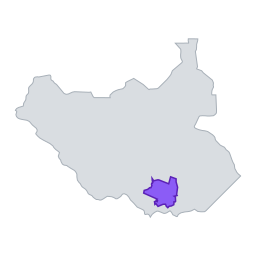 location of Juba, Central Equatoria, South Sudan
{"feature_id": "79223893B61077901252755", "entity_name": "Juba", "entity_type": "district", "adm_level": 2, "iso_a3": "SSD", "parent_name": "South Sudan", "parent_adm1": "Central Equatoria", "projection": "orthographic", "projection_center": [31.407, 4.711], "detail": "fine", "context": "in_parent", "style": "filled", "palette": "violet", "viewbox_px": 256, "rotation_deg": 0, "n_neighbors": 0, "source": "geoboundaries", "source_scale": "gbopen_adm2", "svg_char_len": 4102}
<svg xmlns="http://www.w3.org/2000/svg" viewBox="0 0 256 256"><path d="M214.4,202.2L206.1,210.6L205.5,211.1L204.5,211.7L201.2,211.8L197.7,211.4L194.5,209.2L191.2,210.9L189.2,211.4L187.9,211.6L185.0,211.9L181.0,212.8L179.1,213.9L178.1,214.8L177.3,216.5L176.9,216.6L176.1,216.4L175.1,215.8L172.9,214.8L171.8,212.8L170.8,211.5L170.0,210.8L166.5,212.9L164.8,213.4L163.5,213.3L161.0,212.2L158.2,211.2L156.8,211.2L154.6,212.4L152.2,214.3L151.0,216.1L150.3,217.2L149.5,215.5L148.7,214.5L147.5,214.1L145.2,214.5L144.6,213.9L144.5,212.5L144.2,211.1L143.6,210.2L141.8,209.2L137.2,207.1L133.7,203.1L131.9,201.3L130.6,200.1L128.7,196.9L126.6,194.7L124.1,193.7L122.4,194.2L120.7,196.5L117.4,198.7L115.9,198.8L114.0,197.6L111.6,196.7L107.3,196.3L105.5,197.4L103.1,199.0L101.1,200.0L99.9,200.1L98.8,199.7L97.5,199.5L96.3,199.5L94.0,197.9L92.8,196.8L92.0,195.7L90.7,195.0L89.2,194.4L88.1,193.4L87.6,192.2L86.7,190.7L85.6,189.3L82.1,186.8L81.1,185.3L80.4,183.8L78.9,182.3L77.4,180.1L76.9,177.0L76.9,174.5L76.6,173.4L75.9,172.2L75.2,171.2L73.9,170.1L71.1,168.5L68.1,166.6L66.7,165.5L64.0,165.1L62.4,164.1L61.1,161.7L60.6,159.9L59.2,158.4L58.7,157.3L58.3,156.1L59.5,152.5L57.9,151.1L55.6,149.4L53.9,147.6L52.9,145.9L50.0,143.6L43.5,140.2L39.8,138.0L37.7,136.1L36.0,134.2L35.8,133.4L37.0,131.5L37.2,130.0L36.3,128.3L32.4,125.0L29.4,121.5L27.0,120.3L21.4,119.3L19.8,118.9L18.1,118.2L16.5,116.6L15.9,114.7L16.8,111.7L16.3,110.8L15.4,110.5L15.6,109.9L16.7,108.5L18.5,107.5L23.2,106.1L23.4,105.5L23.6,103.6L24.0,102.7L25.6,100.1L25.9,99.1L26.0,96.9L26.2,95.9L26.7,95.1L28.0,93.8L28.5,93.1L28.7,91.4L28.6,88.0L29.3,86.7L32.3,83.7L33.1,82.3L33.4,81.1L33.4,79.9L33.6,78.7L34.5,77.5L35.2,77.1L37.4,76.8L38.8,77.0L49.2,75.0L50.4,75.3L50.9,76.6L50.8,78.5L51.0,79.5L51.5,80.2L53.1,81.1L54.2,82.7L54.8,83.3L56.5,84.4L64.0,93.4L66.1,94.3L68.3,94.0L72.5,92.1L74.6,91.7L89.2,92.3L90.8,92.0L93.1,96.6L94.1,97.6L110.2,97.7L109.9,96.4L110.1,95.0L113.0,92.2L113.4,91.9L115.9,90.6L118.3,89.7L122.9,88.7L124.6,87.1L125.6,85.6L125.6,82.7L126.3,82.2L127.4,81.5L132.8,78.9L133.7,78.4L143.2,84.5L148.5,89.3L148.8,89.5L149.1,89.6L149.4,89.5L149.6,89.2L150.3,89.0L152.5,89.0L156.9,88.7L158.3,88.1L167.0,79.5L169.2,76.8L169.7,76.2L171.0,74.3L172.3,70.9L172.6,70.5L182.0,62.5L182.3,61.8L182.4,61.3L181.0,58.6L180.7,57.3L180.6,55.1L180.9,51.9L180.8,49.8L180.7,49.2L175.3,43.2L188.6,43.1L188.6,42.4L188.6,42.1L188.3,41.4L188.2,40.5L188.2,40.0L188.3,39.5L188.3,39.2L188.2,39.0L188.2,38.9L188.3,38.8L197.8,38.9L197.7,40.5L196.6,44.5L196.6,46.8L196.4,49.5L196.0,50.3L195.6,51.0L195.4,51.3L195.4,51.6L197.5,66.7L197.3,67.3L196.8,68.3L196.7,68.6L196.6,68.8L196.9,69.0L201.3,70.6L201.5,70.7L201.7,70.8L203.3,72.8L212.1,79.9L212.4,80.3L213.3,82.5L213.4,82.9L213.4,83.4L213.4,83.8L213.2,85.2L213.3,85.8L213.4,86.2L213.5,86.6L213.5,86.8L213.5,87.1L212.2,89.7L211.8,91.6L211.7,93.1L211.7,94.0L211.9,94.6L212.0,94.9L215.9,94.9L215.9,95.8L216.5,109.4L216.5,111.0L216.4,112.9L215.9,113.7L214.9,114.7L213.5,115.7L210.1,116.0L207.3,116.0L205.3,115.8L202.5,115.7L199.9,115.9L199.0,116.7L195.6,124.0L194.5,125.9L194.3,126.9L194.6,127.6L195.9,128.5L198.9,129.7L202.3,130.5L204.8,130.8L206.5,131.2L207.8,131.6L212.6,134.8L214.2,136.4L215.0,137.7L215.2,139.2L215.9,140.6L220.3,145.2L224.5,147.3L226.1,149.7L227.7,150.9L229.1,152.2L229.9,154.0L231.8,159.5L233.0,162.4L234.3,164.7L234.8,168.5L235.8,170.3L236.8,172.3L238.5,174.2L240.3,175.6L240.6,176.0L222.6,194.0L214.4,202.2Z" fill="#d9dde1" stroke="#a8b0b8" stroke-width="1"/><path d="M168.5,207.0L168.5,206.8L169.3,206.2L171.3,206.0L173.8,204.7L174.0,201.8L175.1,201.9L175.6,201.3L175.5,199.2L175.4,197.0L174.2,196.2L177.1,195.5L176.9,195.1L176.6,194.5L177.6,187.3L176.1,181.9L176.1,178.8L170.6,176.8L168.7,183.8L158.8,179.9L157.4,179.9L153.7,180.8L152.1,178.4L152.3,181.1L152.9,182.1L152.4,183.2L151.7,183.2L151.5,184.6L151.9,185.6L150.9,187.7L149.7,187.7L147.6,189.4L144.2,190.4L143.7,193.1L157.2,199.1L156.3,200.0L157.5,200.6L157.2,201.6L156.3,201.2L154.5,201.6L154.9,204.4L155.9,203.6L158.0,206.4L163.0,204.3L165.5,204.2L166.3,206.3L167.8,207.7L168.5,207.0Z" fill="#8b5cf6" stroke="#5b21b6" stroke-width="1.5"/></svg>